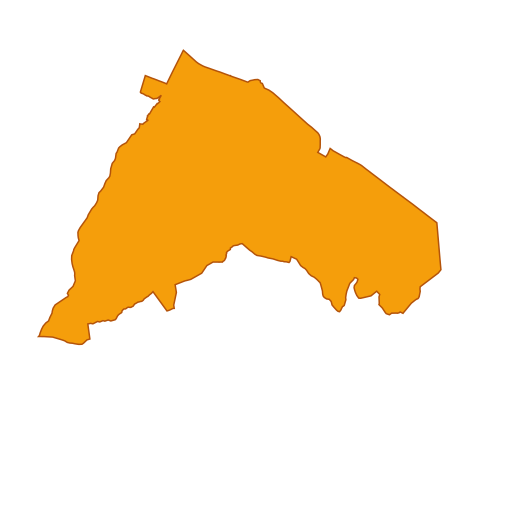 outline of Lugasu De Jos, Bihor, Romania, rotated 204°
{"feature_id": "2599482B52490919803078", "entity_name": "Lugasu De Jos", "entity_type": "district", "adm_level": 2, "iso_a3": "ROU", "parent_name": "Romania", "parent_adm1": "Bihor", "projection": "orthographic", "projection_center": [22.33, 47.093], "detail": "fine", "context": "isolated", "style": "filled", "palette": "amber", "viewbox_px": 512, "rotation_deg": 204, "n_neighbors": 0, "source": "geoboundaries", "source_scale": "gbopen_adm2", "svg_char_len": 5547}
<svg xmlns="http://www.w3.org/2000/svg" viewBox="0 0 512 512"><g transform="rotate(204 256 256)"><path d="M406.0,414.4L406.1,413.7L406.2,410.4L407.1,391.7L407.2,389.3L407.6,377.6L407.6,376.9L408.0,376.9L409.3,376.9L412.1,376.8L417.0,376.5L417.6,376.5L421.1,376.3L421.5,376.3L423.1,376.1L423.8,376.1L430.5,375.8L428.3,358.7L428.0,358.6L427.7,358.3L427.3,358.3L427.3,358.2L427.0,358.1L425.4,358.3L424.7,358.3L422.8,358.0L422.1,357.9L421.5,358.0L420.9,357.8L419.6,358.3L418.2,358.2L417.2,358.0L415.7,357.9L413.8,357.7L413.2,357.9L412.8,358.4L410.8,359.5L410.2,360.2L409.3,361.7L408.6,363.0L407.9,364.3L408.1,361.7L408.2,361.1L408.4,359.8L408.0,359.7L408.2,358.8L407.4,358.3L406.6,358.0L407.1,356.7L407.4,356.0L407.7,355.5L408.0,354.9L408.3,355.0L409.4,350.6L410.2,350.6L411.1,342.4L411.6,342.3L411.9,340.8L412.1,340.1L412.2,339.7L411.7,339.4L411.7,339.0L411.7,338.5L411.7,337.8L411.4,336.1L410.5,336.3L410.0,336.1L410.0,335.9L412.2,332.2L412.7,331.3L413.0,330.3L413.7,330.2L414.8,329.7L415.9,329.5L414.8,325.7L415.5,323.6L416.5,318.2L418.8,316.2L420.5,306.8L423.4,303.1L424.8,300.5L425.4,298.8L425.2,294.2L425.5,292.9L424.8,290.4L424.4,289.1L424.1,288.0L424.0,285.7L425.0,282.2L424.2,276.6L422.7,272.5L422.0,269.5L422.2,267.8L423.5,264.0L423.5,260.5L423.2,257.0L424.3,252.2L425.2,250.0L424.8,246.8L423.6,243.5L423.3,242.4L423.3,241.5L423.3,239.7L423.8,236.2L424.6,234.2L425.2,232.1L425.3,231.4L426.0,225.5L425.8,222.8L425.8,222.1L428.2,210.4L428.5,207.0L428.3,205.2L426.9,202.3L425.7,200.3L423.9,198.1L425.0,189.8L425.1,187.9L424.8,186.7L424.5,181.4L423.1,177.9L420.9,174.3L418.9,171.7L416.7,169.3L415.5,167.9L414.9,167.1L414.2,165.7L413.8,164.5L410.9,159.8L410.8,153.8L412.9,148.8L413.1,145.1L411.4,144.0L411.4,142.3L412.5,141.0L419.6,129.6L420.1,125.8L419.7,122.9L419.1,120.8L419.3,116.1L419.1,112.3L420.8,109.3L421.9,105.4L422.1,101.9L421.9,98.0L421.8,97.3L421.7,96.6L421.5,95.2L421.7,94.7L421.9,94.0L416.8,96.2L408.8,99.2L401.3,100.2L398.8,100.5L396.3,100.7L393.3,100.3L390.6,100.8L388.4,101.6L385.6,102.2L381.9,103.2L379.1,104.6L378.1,106.2L376.3,110.6L374.0,112.6L382.0,125.5L379.7,127.2L377.4,127.7L374.2,131.7L371.9,132.2L369.5,134.7L367.6,135.0L365.0,137.4L362.2,137.6L358.7,140.5L358.3,141.7L358.2,142.7L358.2,143.5L358.1,144.9L357.7,146.4L357.0,147.7L355.8,149.5L355.7,150.1L356.1,151.4L355.7,152.6L355.2,153.8L353.6,154.7L353.1,155.5L352.7,156.3L352.1,157.1L351.4,157.5L350.8,157.6L350.2,157.8L349.4,158.2L348.5,159.4L347.9,160.0L347.6,161.2L347.4,162.8L347.0,163.1L345.4,165.4L345.0,166.0L344.6,166.1L342.8,167.6L342.5,167.7L342.1,168.1L341.5,168.7L341.3,169.2L341.0,169.8L340.7,171.4L339.0,174.3L338.3,175.1L337.4,177.4L336.4,179.2L336.2,179.7L335.6,181.5L315.0,169.6L313.7,170.7L312.6,171.8L311.4,173.3L310.4,174.4L309.4,174.9L311.2,177.7L313.9,190.3L318.2,196.9L310.9,204.3L308.8,205.9L306.1,208.1L298.6,218.2L297.0,227.3L294.4,230.8L292.8,233.0L287.3,235.4L284.2,236.8L284.3,237.1L283.7,238.1L283.2,238.8L282.9,240.0L283.0,240.9L282.8,241.7L283.0,242.3L282.9,242.6L283.2,243.8L283.4,244.0L283.6,244.4L283.5,244.6L283.8,244.9L283.9,245.7L283.8,246.2L284.4,247.2L283.7,249.2L282.1,251.5L282.6,252.9L281.9,254.0L281.3,255.0L280.9,256.1L279.6,257.0L277.1,258.6L275.5,260.5L273.6,261.7L269.5,260.4L264.3,258.8L261.1,258.2L257.9,257.2L255.4,256.9L251.3,258.0L246.5,258.9L244.4,259.1L239.2,260.3L234.2,260.8L231.1,261.4L229.5,262.1L228.0,262.2L226.0,263.0L223.2,263.5L222.8,264.8L223.6,269.7L217.6,269.6L215.6,268.3L214.7,267.7L211.3,265.4L208.1,264.6L206.3,264.5L204.1,263.6L200.7,261.4L197.5,260.4L194.2,260.3L191.3,259.5L189.1,258.7L188.3,258.3L186.7,257.8L185.3,256.3L182.7,253.1L181.1,251.1L179.7,248.5L178.4,246.8L176.8,245.9L174.1,245.5L171.4,246.2L168.8,245.0L166.6,242.2L164.2,241.0L160.4,239.3L158.5,238.8L157.0,239.1L156.5,241.1L156.5,242.9L156.4,244.8L156.1,245.4L155.7,245.8L155.3,246.8L156.1,252.6L157.2,254.5L158.1,257.7L158.8,261.1L159.0,265.6L159.2,268.8L159.0,269.7L157.3,274.1L157.3,276.2L155.3,276.8L153.4,276.2L153.1,273.2L153.4,271.6L154.1,269.1L153.5,266.9L151.7,264.6L150.2,263.0L147.8,260.9L145.0,259.3L143.3,259.9L141.0,261.6L136.4,265.1L134.7,266.4L133.4,269.0L131.4,272.9L127.3,271.2L127.0,268.7L124.1,262.8L123.9,261.6L119.5,259.9L115.0,257.0L113.6,256.3L110.2,256.6L108.8,259.0L107.8,259.4L104.9,260.8L103.5,261.3L102.2,262.3L101.7,263.2L101.6,263.5L98.4,263.4L98.3,263.9L96.6,270.0L94.9,276.1L92.4,280.9L91.5,282.2L90.9,282.6L90.5,283.6L90.4,285.2L91.6,290.5L92.8,292.5L93.5,294.7L82.6,314.5L82.4,315.2L81.5,318.7L86.7,328.0L104.3,359.9L114.0,362.2L125.7,365.0L131.4,366.4L133.4,366.9L144.6,369.4L162.3,373.4L176.1,376.7L183.8,378.5L191.4,380.3L196.4,381.6L198.8,381.9L206.8,382.3L213.3,382.9L213.7,382.6L214.1,382.4L215.7,382.4L220.6,382.8L223.8,383.1L227.0,383.4L227.8,383.4L229.2,383.7L230.1,384.0L230.6,384.1L231.6,384.3L232.0,384.4L231.9,378.3L232.6,374.9L241.7,375.8L241.3,379.8L241.4,380.8L242.6,383.8L244.2,387.4L244.8,388.9L245.5,390.1L246.3,391.2L247.9,392.6L249.5,393.6L257.5,396.2L262.4,397.4L271.6,400.4L282.5,404.0L293.0,407.4L299.6,409.7L300.6,410.0L304.9,411.3L306.4,411.8L307.8,412.1L311.7,412.8L313.1,412.8L315.0,412.8L315.8,412.8L316.7,412.8L317.7,413.7L320.4,416.2L320.9,416.0L322.2,416.2L323.0,416.9L323.4,417.8L326.1,418.0L329.0,416.5L330.0,415.7L331.0,415.0L332.6,413.9L333.4,412.7L334.1,411.5L334.9,411.4L341.6,411.0L350.9,410.2L352.6,410.1L352.7,410.4L352.8,410.4L353.0,410.1L355.8,409.9L358.5,409.7L363.7,409.4L367.4,409.0L375.1,408.4L379.7,408.0L380.9,408.0L382.2,408.0L386.6,408.4L389.4,409.0L402.2,413.2L406.0,414.4Z" fill="#f59e0b" stroke="#b45309" stroke-width="1.5"/></g></svg>